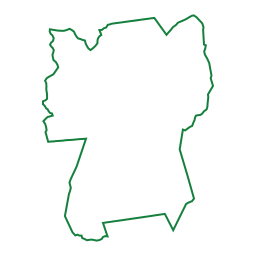 Sousa, Paraíba, Brazil (Robinson projection)
{"feature_id": "56859067B56829642718172", "entity_name": "Sousa", "entity_type": "district", "adm_level": 2, "iso_a3": "BRA", "parent_name": "Brazil", "parent_adm1": "Paraíba", "projection": "robinson", "projection_center": [-38.258, -6.752], "detail": "fine", "context": "isolated", "style": "outline", "palette": "green", "viewbox_px": 256, "rotation_deg": 0, "n_neighbors": 0, "source": "geoboundaries", "source_scale": "gbopen_adm2", "svg_char_len": 2106}
<svg xmlns="http://www.w3.org/2000/svg" viewBox="0 0 256 256"><path d="M48.2,141.8L51.4,141.5L53.6,141.4L55.9,141.1L59.2,140.9L61.9,140.7L63.9,140.5L65.8,140.2L67.8,140.1L69.9,140.0L72.7,139.8L74.8,139.6L76.7,139.4L79.4,139.1L82.0,139.0L84.1,138.8L86.0,138.7L76.7,166.3L75.3,169.4L72.5,175.3L70.5,179.6L69.5,182.7L70.8,187.8L70.0,191.1L69.0,193.8L64.9,216.1L72.5,232.3L75.3,235.4L77.6,234.7L79.4,235.6L81.5,235.6L82.3,238.1L84.2,238.8L86.9,240.2L89.4,239.8L91.7,239.6L94.0,240.0L96.6,240.6L99.2,240.1L101.7,239.0L102.9,237.1L105.2,236.1L107.5,236.4L103.0,222.9L148.1,216.4L164.8,213.9L166.4,216.9L173.2,230.2L186.1,204.0L188.5,202.6L192.0,201.2L194.0,198.6L187.5,175.7L179.7,149.4L182.9,129.6L185.1,130.4L187.6,128.6L190.1,126.8L192.2,125.9L193.3,122.8L194.6,119.9L195.1,117.3L196.0,115.6L198.0,115.2L200.1,115.0L201.9,113.9L204.1,111.2L206.6,109.4L207.4,106.7L207.6,103.4L207.9,100.7L208.3,97.3L208.0,94.4L213.0,85.9L210.7,78.3L211.5,75.5L210.3,69.2L209.9,66.8L209.2,63.0L207.2,58.6L204.9,54.6L204.2,51.3L205.2,48.7L205.8,45.3L204.0,44.5L203.1,29.9L203.5,27.2L202.2,23.3L196.5,17.2L193.8,15.4L191.8,15.8L189.4,17.1L185.6,19.4L177.8,22.8L176.2,24.8L173.0,27.1L170.3,30.5L168.0,33.0L166.5,34.8L154.3,17.9L111.8,23.7L109.7,24.4L107.7,24.9L106.2,27.5L104.0,28.2L101.9,29.9L99.4,30.1L100.4,32.5L101.3,35.0L99.2,36.5L97.9,38.7L97.5,40.8L97.4,43.3L95.5,45.8L93.0,48.2L90.5,50.1L88.3,48.3L86.7,45.7L85.6,43.3L84.9,40.5L82.2,39.8L80.4,39.0L78.2,38.5L76.8,37.0L75.1,34.3L74.1,31.8L72.2,30.3L69.6,28.8L66.4,30.1L63.9,30.8L61.3,30.8L57.8,30.6L49.9,29.3L49.7,31.6L50.7,33.9L52.3,35.2L53.7,38.1L53.1,40.8L51.0,42.8L50.0,44.7L51.3,46.6L52.9,48.2L53.8,50.4L53.2,52.6L52.5,54.6L52.8,57.1L53.5,60.0L55.9,62.1L57.5,64.9L58.2,67.4L56.6,69.6L55.0,72.0L53.4,74.3L50.7,75.8L48.9,76.8L46.8,78.1L45.1,80.7L46.3,83.3L46.4,86.6L46.3,89.8L46.9,93.1L47.1,95.8L47.0,98.9L45.3,100.4L43.0,101.3L43.0,104.2L44.9,106.1L46.1,108.3L47.7,109.4L48.6,111.2L50.0,112.9L52.0,113.5L52.7,115.6L50.0,116.4L47.6,117.0L45.7,118.7L43.4,121.2L45.2,124.0L46.1,127.2L46.6,130.3L45.5,132.1L48.2,141.8Z" fill="none" stroke="#15803d" stroke-width="2"/></svg>